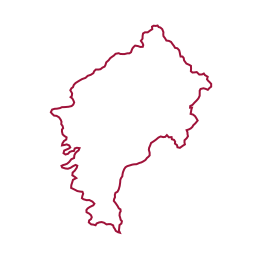 Jacareí, São Paulo, Brazil (orthographic projection), rotated 96°
{"feature_id": "56859067B48226661076611", "entity_name": "Jacareí", "entity_type": "district", "adm_level": 2, "iso_a3": "BRA", "parent_name": "Brazil", "parent_adm1": "São Paulo", "projection": "orthographic", "projection_center": [-45.971, -23.296], "detail": "fine", "context": "isolated", "style": "outline", "palette": "rose", "viewbox_px": 256, "rotation_deg": 96, "n_neighbors": 0, "source": "geoboundaries", "source_scale": "gbopen_adm2", "svg_char_len": 3694}
<svg xmlns="http://www.w3.org/2000/svg" viewBox="0 0 256 256"><g transform="rotate(96 128 128)"><path d="M120.4,206.4L122.0,204.7L123.4,202.8L123.4,200.3L124.6,197.7L126.8,195.8L128.7,194.8L131.1,194.8L132.9,193.2L135.0,192.5L136.4,193.5L138.5,193.3L141.2,192.3L142.6,190.4L143.7,188.1L145.9,188.2L147.6,190.3L150.2,191.6L152.2,191.8L151.4,189.1L150.7,187.2L151.5,184.6L153.4,183.4L154.7,184.8L155.8,186.8L157.1,189.1L159.8,189.5L160.9,187.4L159.9,184.9L158.0,183.6L156.9,181.5L156.5,179.4L153.9,178.8L153.0,176.8L153.1,174.1L155.4,174.8L156.9,176.4L158.5,177.7L160.7,178.5L163.5,178.5L165.0,181.1L168.0,183.0L169.9,184.8L170.9,186.7L171.6,188.6L172.6,190.2L174.1,189.4L174.8,186.0L174.8,183.5L173.6,181.0L171.8,178.8L170.2,176.3L170.8,174.5L172.8,174.8L176.0,176.5L178.1,178.4L180.9,178.4L182.0,176.1L183.2,174.2L185.3,177.3L187.9,177.8L190.8,178.4L193.5,178.3L195.1,174.0L196.0,171.8L196.2,169.1L196.2,166.6L198.1,165.7L200.4,166.3L202.6,166.5L203.5,164.9L204.1,161.5L203.7,158.9L204.9,155.7L206.8,153.5L208.5,154.4L210.6,157.8L212.3,159.8L214.0,160.8L216.1,160.4L217.2,157.6L218.6,155.7L220.5,154.7L222.5,155.3L224.0,157.0L226.0,157.1L227.7,154.5L227.7,152.2L228.1,150.1L226.2,149.2L224.9,146.8L224.3,144.4L224.7,142.0L226.1,139.3L225.6,137.2L225.4,135.3L226.4,132.6L228.2,131.9L229.8,130.5L231.6,129.4L232.7,127.0L233.0,125.1L230.9,126.3L228.0,126.3L225.4,126.3L223.7,124.6L221.3,124.3L220.1,125.7L218.3,126.3L215.9,127.3L213.2,127.3L211.6,126.6L209.7,127.0L208.9,128.7L206.7,130.2L204.0,132.5L202.0,134.5L200.2,134.4L198.2,133.7L195.8,134.1L193.8,133.7L192.5,131.8L190.0,130.8L186.4,130.2L182.8,130.1L180.4,130.2L178.6,129.7L176.6,128.6L174.7,128.6L172.6,128.4L169.4,127.5L167.3,126.4L166.0,124.7L165.0,122.3L164.0,120.0L163.5,118.2L163.1,115.7L161.6,113.1L160.8,111.1L159.6,109.3L158.0,107.3L155.8,106.0L154.5,104.7L153.0,103.6L150.3,103.9L147.5,105.0L145.4,104.9L143.3,104.2L140.5,103.5L138.4,100.9L136.7,99.0L134.3,96.7L133.0,94.6L133.4,92.0L132.9,90.0L131.0,88.6L133.0,86.4L132.5,83.7L134.6,83.2L135.0,81.0L136.6,79.7L138.6,79.7L139.9,77.5L142.0,76.8L142.3,74.3L139.8,71.5L138.4,69.7L136.6,70.3L134.3,70.5L132.1,68.6L129.9,67.5L127.8,68.2L126.1,68.4L124.0,69.5L123.2,67.6L121.9,65.6L120.2,64.1L118.5,63.4L116.3,61.5L113.3,59.5L111.2,61.0L109.3,62.5L107.9,64.6L107.4,67.2L105.0,67.0L102.9,66.9L101.1,66.5L101.3,68.4L99.6,68.4L98.3,66.3L95.9,64.6L93.6,62.7L91.3,61.1L88.5,60.1L85.1,60.4L83.4,60.6L81.6,59.9L80.6,57.1L81.0,54.7L81.7,52.6L79.6,51.1L78.2,49.6L75.4,49.9L73.8,51.7L72.7,53.2L71.3,54.5L68.7,54.1L67.3,57.1L65.9,58.3L67.0,60.0L67.4,62.7L66.3,64.1L65.2,65.5L65.7,67.4L66.1,69.7L65.0,71.4L62.3,71.5L59.6,71.9L58.8,73.7L57.8,76.7L54.9,79.3L52.6,79.9L51.2,81.3L51.4,83.2L49.6,83.8L47.6,84.4L45.4,85.2L43.6,87.2L43.3,89.7L41.8,90.7L40.1,92.3L37.9,94.2L37.1,96.4L37.0,99.0L34.9,100.5L33.0,102.3L31.3,102.7L29.0,102.8L26.1,104.3L24.7,106.3L24.4,108.1L23.0,109.3L23.6,111.0L23.6,113.2L24.7,114.7L27.2,114.2L28.6,116.0L30.8,118.4L31.1,121.2L32.4,122.9L34.9,123.1L37.7,122.9L40.0,124.3L42.1,122.4L43.9,121.5L45.7,121.8L46.1,124.2L45.5,126.6L45.3,129.5L46.7,130.8L48.4,131.9L50.4,132.5L52.3,132.9L53.6,134.4L53.8,136.4L54.8,139.1L55.0,141.0L55.2,143.2L54.6,145.1L55.5,148.1L57.5,149.7L59.1,151.6L60.4,153.0L62.6,154.3L65.0,156.5L67.7,157.0L69.4,157.7L70.6,159.7L72.4,161.5L73.0,163.7L73.2,166.1L75.1,167.6L77.1,168.2L79.0,170.6L80.3,173.5L82.6,175.5L84.1,178.7L85.6,180.8L87.2,182.9L88.8,184.9L90.8,186.4L93.2,187.0L94.4,188.4L96.5,189.3L99.4,187.2L102.0,187.2L103.3,188.3L104.4,186.5L106.1,185.3L108.2,184.2L110.5,184.9L112.1,186.4L113.1,189.4L113.8,193.0L114.2,195.9L115.3,197.7L116.2,200.6L116.6,203.0L117.6,205.4L120.4,206.4Z" fill="none" stroke="#9f1239" stroke-width="2"/></g></svg>